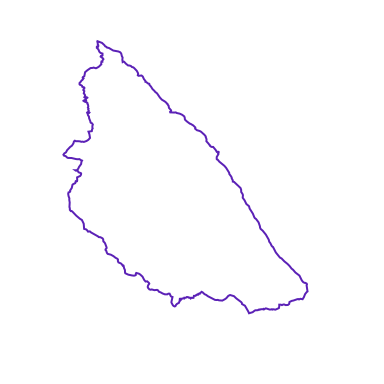 Jerusalén, Cundinamarca, Colombia, rotated 288°
{"feature_id": "7082276B72958571486276", "entity_name": "Jerusalén", "entity_type": "district", "adm_level": 2, "iso_a3": "COL", "parent_name": "Colombia", "parent_adm1": "Cundinamarca", "projection": "natural_earth1", "projection_center": [-74.701, 4.558], "detail": "fine", "context": "isolated", "style": "outline", "palette": "violet", "viewbox_px": 384, "rotation_deg": 288, "n_neighbors": 0, "source": "geoboundaries", "source_scale": "gbopen_adm2", "svg_char_len": 5868}
<svg xmlns="http://www.w3.org/2000/svg" viewBox="0 0 384 384"><g transform="rotate(288 192 192)"><path d="M278.5,57.2L275.5,54.9L272.9,53.3L268.9,53.8L267.5,52.7L266.9,52.7L266.5,53.7L264.6,53.1L264.1,52.6L261.9,51.9L261.2,51.4L259.9,51.6L259.4,52.1L259.3,53.7L259.0,54.6L258.1,55.2L258.2,56.9L257.8,57.5L257.0,57.6L256.5,57.1L255.4,57.1L254.7,58.4L252.3,58.6L251.7,59.7L250.9,60.5L248.9,60.4L248.9,60.7L249.4,61.5L249.6,62.7L249.3,63.3L247.3,61.9L246.5,63.0L246.2,63.0L245.6,60.8L245.2,60.6L244.8,61.8L244.7,64.4L244.3,65.1L243.6,65.2L243.2,65.9L241.4,66.9L240.0,66.9L239.4,67.8L238.2,67.8L237.6,68.6L236.3,68.8L235.9,69.9L235.4,69.7L235.5,67.9L235.0,67.7L234.3,68.5L232.7,69.5L232.0,70.6L230.3,71.4L227.5,73.7L226.8,74.0L226.5,74.6L226.4,75.8L225.4,76.9L224.3,76.8L222.8,77.2L221.7,77.9L220.9,77.6L218.9,77.9L217.4,74.9L215.2,76.6L211.9,78.3L209.6,77.3L207.9,75.9L206.2,73.7L206.1,72.4L205.5,71.1L205.6,70.1L205.1,67.9L204.4,65.9L204.6,64.7L204.4,64.5L203.4,64.1L201.6,64.2L199.0,63.5L197.2,62.2L193.2,60.3L190.8,59.9L189.2,58.6L187.7,58.2L187.0,59.1L187.1,60.7L186.2,62.6L186.1,63.5L187.1,66.9L187.5,71.7L187.9,73.4L188.5,74.8L188.0,76.4L187.9,77.7L186.6,77.5L184.3,77.9L180.9,76.8L178.9,76.6L177.0,75.7L176.6,74.3L176.4,74.9L176.9,76.7L175.7,78.0L175.6,80.5L175.4,80.8L174.2,81.1L172.7,80.7L170.4,78.2L167.7,79.2L166.7,79.3L166.4,79.0L166.3,78.1L164.3,78.2L162.8,76.6L162.0,76.1L158.7,76.4L155.7,75.6L154.8,76.0L154.0,75.6L153.5,74.7L152.0,74.8L149.9,75.9L148.1,77.3L146.6,77.7L144.3,78.9L139.8,80.1L139.0,80.7L137.2,81.4L136.4,82.7L136.7,83.3L136.5,84.1L133.7,89.3L131.9,93.7L131.4,95.9L128.4,98.8L123.6,100.8L123.7,103.0L123.1,104.2L122.2,105.3L122.4,106.0L122.8,106.4L122.9,107.4L122.4,108.2L120.7,116.5L120.3,117.2L120.7,118.9L120.3,121.2L119.6,122.1L117.6,123.0L117.0,124.3L116.3,125.2L112.9,127.9L112.2,128.1L110.8,127.5L110.2,127.6L109.5,128.7L107.9,129.8L107.1,130.9L107.3,134.2L106.7,137.2L105.8,139.6L105.4,141.8L104.8,142.5L103.5,142.8L102.3,143.8L102.1,146.3L101.8,147.2L100.6,148.8L101.0,149.0L100.9,149.6L98.5,151.0L97.1,152.3L94.7,153.2L94.1,153.7L93.7,157.0L94.1,160.7L94.5,162.7L95.2,163.8L95.7,164.2L97.1,163.8L97.8,164.0L97.9,166.8L97.5,168.3L96.2,171.1L93.6,173.7L92.5,175.5L93.2,177.0L92.3,179.0L91.6,179.7L89.7,179.1L88.0,179.2L87.1,180.0L86.2,181.6L86.3,183.0L86.9,183.8L87.0,186.5L88.1,189.0L87.9,190.2L87.0,191.2L86.8,193.6L86.4,195.4L86.3,197.9L87.0,200.1L88.0,200.9L88.4,202.1L86.4,204.0L86.1,204.8L86.1,205.9L81.1,206.4L80.5,206.6L78.3,208.9L77.9,209.9L77.8,210.9L78.3,211.5L79.7,211.7L80.8,212.2L82.7,213.9L83.9,213.8L85.2,214.4L85.4,213.7L86.4,213.5L86.3,214.4L86.5,214.7L87.1,214.5L87.6,215.9L88.1,216.3L88.3,217.5L89.1,217.4L89.5,218.8L90.5,219.5L90.8,220.5L90.5,221.2L90.8,221.6L90.6,222.1L90.7,222.6L90.3,223.6L91.2,223.9L91.3,224.8L91.8,226.1L93.8,225.9L94.4,227.5L95.3,227.8L95.6,228.5L96.3,228.7L96.4,229.7L97.3,229.7L97.7,230.9L98.6,231.0L99.1,231.6L100.0,231.9L99.9,233.0L98.7,235.5L98.5,237.3L97.8,239.3L96.5,247.2L96.9,248.9L97.4,249.9L97.3,251.1L98.1,254.4L100.3,256.5L101.7,257.5L104.4,258.6L105.5,259.7L105.8,260.1L105.9,264.1L104.5,267.0L102.5,272.8L102.0,273.6L100.9,274.2L100.2,277.5L95.6,282.6L94.3,283.7L96.4,286.8L98.6,288.3L99.1,288.9L99.9,291.1L100.5,291.5L100.6,292.1L101.1,292.3L101.2,293.1L101.7,293.6L102.4,295.4L102.4,296.1L102.9,296.2L102.8,297.0L104.0,297.9L104.2,298.7L104.2,302.1L104.7,303.5L105.1,304.0L105.0,304.8L105.5,305.2L105.9,307.7L108.4,310.5L110.3,310.3L111.8,309.8L112.3,311.4L112.2,312.5L113.0,313.3L113.5,314.2L113.4,316.1L114.2,318.1L115.5,319.0L117.5,318.7L119.2,320.4L120.2,322.1L122.7,325.4L123.1,326.5L122.9,327.0L123.9,328.0L124.2,330.3L126.5,330.9L129.8,331.1L132.3,332.0L133.1,332.6L138.7,329.8L139.6,329.9L140.3,329.4L140.6,327.9L140.4,327.2L140.6,325.7L141.8,323.8L145.7,320.0L147.4,315.2L149.3,312.1L149.9,310.4L151.8,307.6L153.1,305.1L154.6,301.2L156.5,297.7L156.8,295.9L160.4,290.4L164.7,286.1L164.9,285.3L165.5,284.3L167.5,282.4L168.6,280.8L170.4,279.7L174.3,275.4L177.1,271.1L178.1,268.7L179.2,267.7L180.4,267.2L183.7,264.7L186.1,261.3L186.6,259.8L187.3,259.0L190.2,256.6L194.0,252.0L196.1,250.6L197.4,247.4L200.3,244.6L202.2,242.0L204.8,241.4L205.9,240.5L207.2,238.8L209.4,238.0L210.8,236.9L214.6,228.9L214.5,227.6L215.8,227.1L217.2,225.6L218.0,225.3L218.9,224.4L220.7,221.9L221.8,221.4L225.5,217.0L226.9,214.7L229.3,208.6L230.7,206.4L230.7,205.7L231.0,205.3L232.9,204.7L236.2,205.4L236.7,204.9L237.6,205.2L238.3,205.0L238.4,204.6L237.8,203.2L239.3,201.5L241.4,198.2L240.9,196.5L241.5,194.8L242.0,194.6L242.3,193.8L243.1,192.8L244.7,190.0L246.4,189.6L247.4,189.0L248.4,188.1L249.1,187.9L250.2,186.2L252.1,182.0L252.4,180.4L252.3,177.6L253.2,175.4L254.4,175.2L255.7,172.6L256.4,169.5L256.3,168.9L257.5,165.4L258.5,163.2L259.2,162.6L260.1,162.3L261.5,161.3L262.4,158.7L262.7,156.1L262.4,153.0L262.7,152.0L262.1,150.6L261.0,146.7L261.4,146.4L262.2,147.0L263.2,146.9L264.9,144.1L266.9,143.0L267.2,142.4L268.2,141.5L268.3,140.7L268.9,140.2L269.7,138.2L270.5,134.8L271.9,132.3L275.0,128.3L275.9,125.9L276.5,125.1L277.7,122.6L279.5,120.5L280.8,118.4L281.7,117.9L281.6,116.7L282.4,114.6L282.4,113.6L283.2,113.4L284.5,111.4L286.6,109.5L287.2,108.0L286.0,105.3L286.2,104.4L287.9,104.2L288.7,103.6L290.2,102.0L292.0,98.7L292.4,97.7L292.3,96.3L293.0,94.8L292.9,93.0L292.6,92.1L293.6,89.5L294.9,87.2L294.9,86.5L294.2,85.9L296.2,84.9L298.5,84.4L299.4,83.4L301.8,81.9L302.7,80.6L302.9,78.7L302.2,73.3L303.3,68.5L303.1,66.5L303.6,65.7L303.7,64.5L304.6,63.3L306.0,60.3L306.2,55.5L305.6,55.5L304.7,56.3L303.5,56.6L302.7,57.5L301.6,57.8L301.3,57.8L301.3,57.0L300.9,56.6L299.7,56.9L298.7,58.9L296.9,60.4L296.3,61.3L296.0,62.3L296.0,64.1L294.2,64.7L293.8,64.4L293.3,63.4L292.5,63.3L291.6,66.0L291.0,66.7L289.3,66.2L288.2,66.5L288.0,65.6L286.5,65.8L285.3,66.3L284.6,65.8L282.7,64.9L281.2,63.7L280.0,62.4L279.9,59.9L279.4,59.3L278.5,57.2Z" fill="none" stroke="#5b21b6" stroke-width="2"/></g></svg>